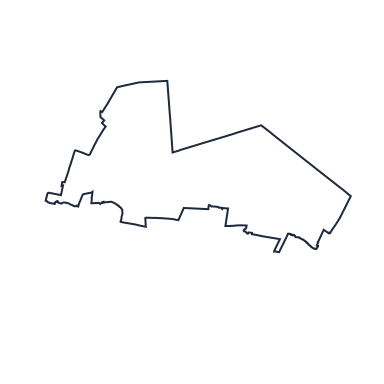 outline of Ripiceni, Botosani, Romania, rotated 316°
{"feature_id": "2599482B27796120382468", "entity_name": "Ripiceni", "entity_type": "district", "adm_level": 2, "iso_a3": "ROU", "parent_name": "Romania", "parent_adm1": "Botosani", "projection": "equal_earth", "projection_center": [27.135, 47.902], "detail": "fine", "context": "isolated", "style": "outline", "palette": "slate", "viewbox_px": 384, "rotation_deg": 316, "n_neighbors": 0, "source": "geoboundaries", "source_scale": "gbopen_adm2", "svg_char_len": 5658}
<svg xmlns="http://www.w3.org/2000/svg" viewBox="0 0 384 384"><g transform="rotate(316 192 192)"><path d="M303.3,305.3L302.2,295.5L302.0,294.3L297.8,264.3L296.0,250.5L295.9,250.2L295.8,249.4L293.9,235.2L289.9,205.5L290.0,205.1L288.1,192.1L264.5,180.0L263.8,179.8L263.2,179.5L224.8,159.8L213.3,153.9L212.5,153.5L211.9,153.4L205.5,150.1L226.8,124.6L234.2,115.6L235.4,114.2L251.4,94.9L230.2,76.5L220.7,70.6L220.4,70.4L210.9,64.6L191.8,70.0L183.0,72.1L182.4,70.3L181.1,71.2L179.1,73.6L178.2,74.4L178.6,79.5L175.2,79.8L175.3,85.0L173.2,85.3L170.2,86.0L160.6,88.4L158.3,89.2L157.4,89.5L156.8,89.8L155.6,90.1L154.6,90.4L149.8,92.2L148.1,92.7L144.8,94.0L144.4,94.0L144.2,94.0L143.8,93.9L143.5,93.7L143.3,93.5L143.0,93.0L142.7,92.6L142.4,92.0L140.6,87.9L138.9,84.4L137.1,81.0L136.5,80.9L136.3,80.9L136.1,81.0L134.3,82.0L131.5,83.5L128.6,85.2L126.6,86.2L125.1,87.1L120.2,89.6L119.3,90.2L117.2,91.4L107.2,96.6L105.6,94.7L102.3,97.1L103.0,97.6L103.6,97.8L100.4,100.0L95.5,103.2L93.6,100.4L91.5,97.4L88.7,93.4L88.3,92.9L87.9,92.7L87.6,92.6L87.2,92.7L86.0,93.3L84.7,94.1L80.7,96.6L80.8,97.3L81.0,97.5L81.2,97.8L81.3,98.0L81.2,98.9L81.2,99.3L81.4,99.8L81.6,99.9L81.8,100.2L82.0,100.9L82.2,101.4L82.8,102.2L83.0,102.3L83.3,102.7L84.9,105.2L85.0,105.3L85.2,105.2L85.4,105.0L85.6,104.9L85.9,104.5L86.0,104.4L86.4,104.4L86.5,104.6L87.9,104.6L88.6,104.8L88.9,105.0L89.0,105.4L88.9,105.6L88.6,105.8L88.2,106.0L88.6,107.0L88.9,107.6L89.5,108.9L89.8,109.4L90.0,109.6L91.1,109.8L91.9,110.1L92.1,110.3L92.4,110.6L93.2,111.2L93.8,111.9L94.2,112.8L95.0,113.9L95.3,114.4L95.5,115.0L95.8,116.2L96.0,116.9L96.4,117.7L97.0,118.8L97.1,119.8L97.3,120.3L97.7,120.8L98.4,121.3L98.8,121.5L99.4,121.7L99.2,122.0L100.0,123.4L101.6,122.5L102.8,121.8L103.8,121.4L104.3,121.0L105.3,120.8L107.1,119.9L108.1,119.5L110.0,118.6L111.1,118.2L111.9,118.0L112.0,118.0L114.9,119.7L118.4,122.1L118.8,122.3L119.8,122.6L120.5,122.7L118.2,124.7L117.0,125.6L116.9,125.8L116.2,126.1L115.8,126.3L115.7,126.8L115.5,127.0L115.3,127.2L114.7,127.7L114.1,128.2L111.8,130.2L117.1,134.9L117.3,135.1L117.7,136.4L117.7,136.9L119.2,136.9L119.7,136.8L120.0,136.9L120.7,137.1L121.4,137.5L120.7,138.1L122.4,139.1L123.0,139.5L125.3,141.5L126.5,142.3L127.2,143.1L127.7,144.0L128.0,144.6L128.1,145.6L128.5,146.3L128.8,146.8L128.9,147.7L129.0,148.4L129.0,148.6L129.3,148.9L129.3,149.3L129.3,149.6L129.2,149.9L129.2,150.0L129.3,150.3L129.7,150.8L129.7,151.0L129.7,151.4L129.5,152.1L129.5,152.4L129.5,152.7L129.9,153.3L130.0,153.5L129.6,154.8L129.7,155.9L129.5,156.4L129.3,156.7L128.9,156.9L128.7,157.2L128.3,157.7L127.4,158.8L126.2,159.8L125.4,160.2L124.6,160.6L123.8,161.2L123.0,161.9L121.6,162.9L120.9,163.1L120.0,163.6L119.9,163.9L120.2,164.4L121.8,166.7L128.7,176.0L130.5,178.9L132.5,181.9L133.5,183.4L134.6,184.9L139.3,179.5L140.3,178.3L141.2,178.6L146.0,183.6L147.6,185.1L149.3,187.0L152.1,189.9L156.8,195.1L158.6,197.2L159.8,198.7L160.8,200.3L162.7,202.8L164.6,202.0L174.0,198.2L175.0,197.8L181.9,205.1L183.3,206.6L185.1,208.5L191.8,215.7L194.7,213.3L195.0,213.2L195.4,213.3L195.5,213.4L195.6,213.8L195.6,214.1L195.8,214.6L195.8,215.1L195.9,215.4L196.0,215.9L196.0,216.1L196.5,216.4L197.4,217.4L198.3,218.3L199.0,219.2L200.3,220.8L200.5,221.2L200.5,221.4L200.4,221.5L200.5,222.0L202.0,223.5L202.3,223.9L202.4,224.0L202.1,224.3L201.9,224.5L201.8,224.8L201.9,225.3L202.1,225.2L202.7,225.1L202.9,225.1L203.2,225.2L204.2,226.3L204.7,226.8L205.1,227.4L206.5,228.9L192.4,239.7L194.0,241.2L194.9,242.1L198.7,245.4L199.9,246.3L200.3,246.5L201.3,247.5L203.5,249.4L207.7,253.7L208.0,254.1L206.7,255.0L205.4,255.8L204.4,255.4L204.2,255.3L203.8,255.3L202.6,255.6L202.4,255.6L202.3,255.8L202.2,256.0L202.2,256.5L202.3,256.8L202.8,257.5L203.0,257.8L203.0,258.3L203.0,258.9L202.9,259.3L202.8,259.7L202.8,260.1L203.1,260.6L203.3,260.8L203.5,260.9L204.4,260.5L204.6,260.4L204.7,260.5L206.8,263.1L206.7,263.3L205.8,264.0L206.9,265.4L212.0,272.8L222.5,287.0L210.6,291.3L209.7,292.0L210.7,292.7L211.1,293.2L212.0,294.7L212.8,295.8L216.9,294.3L227.5,290.5L232.1,288.7L232.2,288.8L232.3,288.8L232.6,289.2L232.8,289.4L232.8,289.6L233.1,290.0L233.0,290.3L233.2,290.5L233.8,290.7L233.8,290.8L233.7,291.1L233.4,291.2L233.4,291.3L233.5,291.4L234.0,291.8L234.2,292.0L233.8,292.4L234.0,292.7L234.1,293.0L234.4,293.3L234.6,293.2L234.8,293.1L234.9,293.3L235.2,293.4L235.3,293.5L235.4,293.8L235.5,293.9L235.7,294.1L235.7,294.3L235.5,294.7L235.6,295.1L235.4,295.3L235.3,295.7L235.2,296.0L235.2,296.3L235.2,296.5L235.4,296.8L235.7,297.0L236.3,297.5L236.6,298.1L236.7,298.4L237.2,298.6L237.3,299.0L237.7,299.4L237.8,299.7L237.8,299.8L237.6,300.2L237.6,300.5L237.7,300.8L237.9,301.0L238.1,301.8L238.2,302.4L238.2,302.5L238.3,302.6L238.7,302.9L238.6,303.1L238.8,303.4L239.0,304.2L239.1,304.9L239.0,305.2L239.1,305.4L239.0,305.6L239.2,305.9L239.2,306.0L239.4,306.4L239.4,306.6L239.5,306.7L239.5,306.9L239.4,307.1L239.3,307.3L239.3,307.5L239.2,307.7L239.2,307.8L239.3,307.8L239.5,307.9L239.6,308.0L239.4,308.5L239.3,308.8L239.5,309.1L239.6,309.3L239.5,309.6L239.5,310.3L239.3,310.4L239.3,310.6L239.5,310.9L239.5,311.1L239.5,311.6L239.3,311.9L239.3,312.2L239.6,312.6L239.6,313.2L239.7,313.4L239.7,313.6L239.8,313.8L239.8,314.0L239.6,314.3L239.5,314.5L239.8,314.9L239.8,315.3L239.9,315.5L239.9,315.8L240.0,316.0L240.1,316.4L240.1,316.5L240.3,316.8L240.2,317.0L240.3,317.2L240.3,317.4L240.5,317.5L240.7,318.0L240.8,318.1L241.0,318.0L241.2,318.3L241.5,318.6L241.6,318.8L241.4,318.9L241.5,319.1L242.0,319.4L244.6,318.7L244.5,318.3L245.1,318.1L244.5,317.3L244.5,317.2L247.7,316.0L247.6,315.5L249.8,314.8L260.5,310.7L261.7,316.6L262.5,316.4L262.6,316.5L262.8,317.5L267.2,316.3L273.0,315.2L280.6,313.3L303.3,305.3Z" fill="none" stroke="#1e293b" stroke-width="2"/></g></svg>